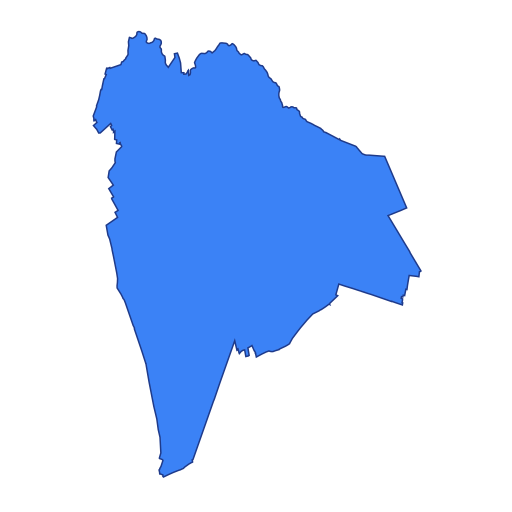 the district of Achtkarspelen, Friesland, Netherlands, rotated 271°
{"feature_id": "6326949B91154833232060", "entity_name": "Achtkarspelen", "entity_type": "district", "adm_level": 2, "iso_a3": "NLD", "parent_name": "Netherlands", "parent_adm1": "Friesland", "projection": "robinson", "projection_center": [6.159, 53.208], "detail": "fine", "context": "isolated", "style": "filled", "palette": "blue", "viewbox_px": 512, "rotation_deg": 271, "n_neighbors": 0, "source": "geoboundaries", "source_scale": "gbopen_adm2", "svg_char_len": 6036}
<svg xmlns="http://www.w3.org/2000/svg" viewBox="0 0 512 512"><g transform="rotate(271 256 256)"><path d="M209.6,403.2L211.7,403.5L211.9,402.8L214.0,403.2L215.7,403.3L216.2,401.9L217.9,402.2L217.6,403.5L219.4,403.9L219.0,405.3L225.4,406.4L225.1,407.5L229.5,408.0L235.5,408.9L239.2,409.5L238.5,416.6L238.1,419.2L243.2,419.7L243.2,420.2L243.9,421.2L261.8,410.1L263.2,409.5L272.1,403.9L298.7,387.3L304.3,400.5L306.7,405.8L357.9,382.9L358.8,367.6L358.8,364.3L359.1,363.1L360.0,360.7L360.4,360.1L366.3,354.9L366.8,354.6L367.5,353.7L373.2,338.3L374.0,338.0L374.4,337.6L374.1,337.5L373.9,337.1L380.3,324.5L380.2,324.5L380.9,323.0L381.4,321.4L382.3,321.0L383.0,320.4L384.0,319.1L384.7,318.5L386.4,315.0L387.7,312.1L388.3,311.2L389.6,308.6L390.9,305.4L391.2,304.7L391.9,304.0L393.4,303.1L393.6,302.7L393.9,301.7L394.3,300.7L394.9,300.0L395.7,299.6L396.0,298.7L396.3,298.2L399.2,297.1L400.8,297.0L401.3,296.8L402.0,296.1L403.1,294.4L403.5,294.2L404.4,294.1L404.8,293.7L404.9,292.6L404.9,291.4L405.1,291.0L405.7,290.3L405.8,288.8L405.7,288.3L405.0,287.5L404.5,286.0L405.7,284.5L406.0,283.7L405.9,283.1L405.4,282.0L405.1,281.0L405.0,280.5L405.1,280.3L405.6,280.0L407.0,279.9L409.9,279.0L411.2,278.0L412.8,277.6L414.5,276.5L416.9,276.0L418.9,276.0L420.2,276.2L421.9,276.7L423.0,276.7L425.4,276.2L425.9,275.8L426.4,274.8L426.8,274.4L428.6,273.5L429.5,272.8L429.6,272.4L429.8,271.2L430.4,270.0L431.2,269.3L433.4,267.9L434.6,266.2L435.2,265.6L436.3,265.0L438.0,264.6L439.8,263.9L442.0,262.3L443.2,261.1L445.3,260.0L446.3,259.0L446.5,257.4L447.4,255.6L449.5,254.6L451.6,252.6L451.6,252.3L451.2,251.0L451.1,249.9L452.0,248.1L452.4,247.8L454.1,247.2L456.7,244.8L457.2,244.2L457.3,243.9L457.4,242.5L458.3,240.7L456.9,238.1L456.9,237.6L457.1,237.3L458.3,235.7L459.7,234.9L461.0,233.5L461.3,233.3L463.5,232.8L465.0,232.0L466.9,230.3L467.8,229.0L467.9,228.7L467.8,228.3L467.0,227.6L466.4,226.8L466.0,226.1L465.8,225.3L466.1,224.6L467.4,223.8L468.1,222.5L468.5,218.2L468.3,216.6L468.0,216.1L466.8,215.5L464.8,214.0L462.6,212.7L460.7,211.4L458.3,208.6L458.5,208.2L459.4,207.4L459.8,206.8L460.0,206.0L460.1,205.0L460.0,204.5L458.6,203.3L457.7,202.0L457.5,201.2L457.7,198.0L457.5,197.4L457.0,196.6L456.3,195.8L452.8,193.3L450.7,192.2L448.4,191.2L447.9,191.3L445.7,192.1L444.2,192.3L443.4,192.3L442.9,191.7L443.0,190.5L442.8,189.8L442.0,188.4L441.2,187.5L440.4,187.1L438.4,187.3L436.9,187.1L436.1,186.8L435.4,185.6L440.5,185.1L439.9,184.6L438.6,184.2L436.7,182.8L436.5,180.7L438.0,180.7L438.0,178.1L447.7,177.2L452.6,175.8L457.5,173.9L456.8,170.9L453.1,171.5L443.1,165.0L444.3,164.1L444.9,163.3L446.6,162.3L447.9,161.9L450.2,162.0L453.9,161.4L454.4,161.1L454.8,160.2L455.3,159.6L456.5,158.6L457.6,158.1L458.6,157.8L460.3,157.8L461.2,157.7L461.7,157.4L462.4,156.7L463.2,156.3L464.3,156.4L465.8,157.2L467.1,157.6L468.6,157.5L469.3,157.3L470.1,156.8L470.9,155.5L471.2,153.4L471.6,152.3L472.0,151.8L471.9,151.1L471.7,150.9L471.2,150.5L469.9,150.3L468.8,149.5L468.1,148.8L467.7,148.2L467.4,147.1L466.8,146.0L466.7,145.3L466.8,144.2L467.4,143.1L468.0,142.6L468.8,142.6L470.7,143.3L472.5,143.1L474.2,142.5L476.0,141.3L476.4,140.8L476.6,140.4L476.7,138.2L477.9,136.7L478.2,136.1L478.4,134.9L478.0,133.7L477.7,133.3L477.3,133.1L476.6,133.0L475.5,133.0L475.0,132.8L473.8,132.1L472.7,130.9L471.5,129.0L471.5,127.8L471.9,127.4L472.1,126.2L472.4,125.9L472.3,125.6L467.9,124.7L464.1,125.1L459.3,124.4L455.4,124.6L454.5,124.2L451.6,122.3L451.0,122.4L449.4,120.7L448.2,119.9L447.6,118.3L445.0,117.6L441.1,106.9L441.9,106.6L441.8,106.2L440.6,103.9L441.3,103.6L441.2,103.4L435.3,101.9L434.8,103.1L430.6,101.4L430.5,100.8L423.4,99.4L420.7,99.0L419.8,98.8L419.9,98.3L419.2,98.0L419.2,97.9L418.1,97.6L413.8,96.9L409.6,96.0L403.3,93.9L402.4,94.1L395.9,91.8L393.1,90.8L390.7,91.5L389.5,91.5L388.3,91.6L388.3,91.8L389.6,93.3L388.0,93.9L386.7,94.6L383.6,91.2L380.4,94.0L380.3,94.3L376.2,96.6L376.3,98.1L386.0,108.4L384.0,109.4L382.8,108.2L379.5,110.0L380.2,110.8L378.7,111.4L377.2,111.4L378.3,112.7L371.8,112.7L370.3,112.6L370.1,112.7L369.6,114.7L366.1,114.5L365.4,117.8L366.8,117.8L367.0,118.2L366.2,118.3L365.5,118.6L363.5,119.8L362.9,119.7L357.6,114.6L350.8,113.3L348.5,113.3L346.9,113.7L346.5,113.4L346.4,113.4L341.7,110.4L338.5,107.7L331.9,106.8L324.4,112.1L320.8,107.6L312.6,112.6L312.4,112.5L311.3,110.6L310.3,110.9L299.4,117.2L299.2,117.3L297.2,114.3L292.2,116.9L284.1,105.7L274.3,107.6L270.4,109.4L260.8,111.9L259.7,112.0L253.2,113.5L236.4,117.1L231.0,118.0L227.0,117.9L223.9,117.6L221.6,117.7L215.5,121.7L212.3,123.4L211.2,123.8L210.2,124.8L206.9,126.2L184.4,134.4L181.8,135.8L181.1,135.6L159.0,143.5L147.2,147.5L146.7,147.8L146.4,147.7L146.2,147.9L144.4,148.2L128.1,151.3L104.1,156.4L91.2,159.7L80.7,161.3L73.0,163.2L57.4,164.3L52.2,162.9L51.9,163.0L51.7,163.3L51.4,164.4L50.9,165.7L50.3,166.4L49.9,166.5L44.0,164.7L42.0,163.6L40.8,163.3L40.4,162.8L37.9,163.4L36.8,163.5L36.6,163.9L36.3,163.9L36.4,164.2L35.5,166.7L33.9,166.8L33.8,167.7L33.6,167.7L36.0,172.5L38.2,177.2L40.4,182.5L40.9,184.1L41.7,185.6L42.1,186.6L42.4,187.1L43.9,188.6L46.8,192.5L48.3,195.0L48.6,195.8L48.9,196.2L51.0,195.7L51.3,196.5L110.4,216.1L110.8,216.3L112.7,217.0L128.0,221.9L170.9,236.2L161.4,238.6L161.6,238.9L161.7,239.1L162.7,238.9L163.0,239.5L161.5,240.0L158.6,240.8L158.5,241.0L158.2,241.1L160.4,242.9L160.9,243.7L161.7,245.0L161.6,245.7L161.9,246.3L155.3,247.6L156.0,250.3L156.4,250.4L156.6,250.9L164.0,249.5L165.9,252.9L166.4,253.5L161.2,255.9L161.2,256.1L159.0,257.3L158.8,257.0L157.9,257.4L155.0,258.1L158.1,263.6L160.4,268.2L160.8,269.4L161.2,270.3L161.3,270.6L160.9,271.7L160.7,272.8L160.7,274.5L161.7,277.1L162.6,280.0L162.7,280.3L162.8,280.2L163.9,282.1L166.3,287.0L167.6,289.2L168.9,291.1L169.7,291.4L174.4,293.9L181.4,299.0L185.0,301.7L192.7,308.0L198.8,313.5L199.5,314.5L199.6,314.8L201.2,317.9L202.4,320.2L203.4,321.5L203.5,322.1L206.4,326.3L209.1,329.8L208.8,330.5L209.0,330.4L210.1,330.7L217.7,338.4L218.6,336.5L229.4,339.3L227.5,345.3L225.2,353.3L220.5,368.5L219.6,371.7L212.8,392.5L213.1,392.6L212.1,395.3L209.6,403.2Z" fill="#3b82f6" stroke="#1e3a8a" stroke-width="1.5"/></g></svg>